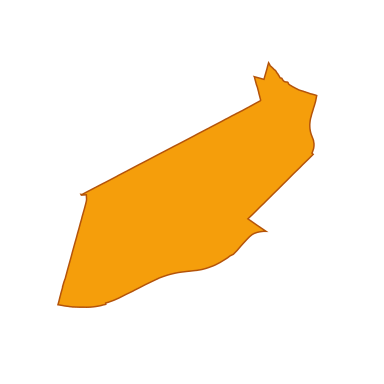 the district of Vincent, Western Australia, Australia, rotated 286°
{"feature_id": "25037944B82328591625586", "entity_name": "Vincent", "entity_type": "district", "adm_level": 2, "iso_a3": "AUS", "parent_name": "Australia", "parent_adm1": "Western Australia", "projection": "natural_earth1", "projection_center": [115.863, -31.931], "detail": "fine", "context": "isolated", "style": "filled", "palette": "amber", "viewbox_px": 384, "rotation_deg": 286, "n_neighbors": 0, "source": "geoboundaries", "source_scale": "gbopen_adm2", "svg_char_len": 4507}
<svg xmlns="http://www.w3.org/2000/svg" viewBox="0 0 384 384"><g transform="rotate(286 192 192)"><path d="M306.8,228.3L304.9,229.3L304.3,229.7L299.2,232.7L298.5,232.5L294.7,228.6L292.0,225.9L286.9,220.7L283.7,217.5L283.5,217.2L281.4,215.0L280.8,214.4L280.1,213.5L278.6,212.0L278.2,211.6L276.4,209.6L274.2,207.4L273.4,206.6L273.2,206.4L271.8,204.9L271.4,204.4L268.0,201.0L264.4,197.2L260.7,193.3L254.3,186.6L248.8,180.8L246.9,178.9L242.0,173.8L238.1,169.7L234.1,165.5L230.4,161.5L230.1,161.2L229.5,160.6L225.5,156.4L221.8,152.5L218.4,148.9L213.5,143.8L210.9,141.1L205.3,135.2L204.4,134.2L199.8,129.4L199.3,128.9L197.1,126.6L192.8,122.1L187.4,116.4L186.2,115.3L184.5,113.5L184.2,113.2L176.3,104.9L176.2,104.7L175.9,104.4L169.2,97.3L168.9,97.0L168.5,96.6L163.5,91.3L159.3,87.0L159.1,85.9L158.5,86.5L160.2,91.2L156.4,92.5L155.4,92.8L153.6,93.0L151.0,93.1L146.0,93.2L141.1,93.2L137.4,93.2L136.1,93.3L135.9,93.3L131.3,93.3L126.4,93.4L124.4,93.4L121.0,93.4L115.7,93.5L111.5,93.5L109.9,93.5L100.6,93.6L96.3,93.7L83.1,93.8L78.1,93.9L77.8,93.9L76.9,93.9L73.9,94.0L72.0,93.8L71.0,93.8L70.8,93.8L70.4,93.7L70.1,93.7L67.6,93.7L66.1,93.7L64.9,93.7L64.5,93.9L64.3,93.9L58.1,93.9L56.8,94.0L55.0,94.0L50.0,94.2L46.7,94.2L47.3,99.7L47.3,100.3L47.7,103.1L48.0,104.8L48.1,106.0L48.4,107.5L48.6,109.0L49.0,110.4L49.3,111.8L49.6,112.8L49.9,114.1L50.2,115.3L51.3,119.1L51.8,121.0L52.2,122.5L52.7,124.1L53.5,126.5L54.5,129.0L55.4,131.1L56.7,133.8L57.8,135.9L58.9,137.6L59.9,139.5L60.3,140.1L61.5,139.6L62.7,141.6L65.8,145.9L67.1,147.6L67.4,147.9L69.7,150.7L72.2,153.4L75.3,156.7L80.8,162.9L81.4,163.4L84.7,167.0L90.1,172.7L100.4,184.3L103.0,187.9L105.4,191.4L107.0,194.0L107.8,195.4L109.3,198.1L110.6,200.6L111.8,203.2L114.2,208.9L115.4,211.9L117.0,215.7L118.1,218.5L118.3,218.9L118.8,219.9L119.0,220.2L119.1,220.6L120.3,223.0L122.4,226.5L123.9,228.7L126.9,232.8L128.4,234.6L130.2,236.5L132.1,238.5L138.6,244.4L141.0,246.1L143.5,248.9L144.6,249.5L148.1,251.4L153.4,253.8L156.5,255.3L160.5,257.3L162.6,258.4L165.0,259.7L167.6,261.5L169.3,263.2L171.1,265.7L172.3,267.9L173.2,269.9L174.0,271.8L174.6,274.0L175.8,270.4L178.0,263.6L179.7,258.7L181.6,253.1L184.8,255.0L186.8,256.2L192.5,259.4L192.7,259.5L196.2,261.4L198.1,262.5L200.6,264.0L203.9,265.8L212.7,270.7L215.5,272.3L219.9,274.8L220.0,274.8L224.5,277.3L228.9,279.8L233.5,282.3L237.7,284.6L243.4,287.9L245.5,289.1L248.7,290.8L252.0,292.7L255.3,294.6L261.6,298.1L262.4,296.6L264.1,296.8L265.1,296.8L266.2,296.9L267.4,296.9L269.0,296.7L270.1,296.5L271.2,296.2L272.2,295.9L273.6,295.2L274.8,294.7L276.0,293.9L277.2,293.0L280.0,290.9L281.5,289.9L283.1,289.0L285.4,287.9L287.4,287.2L289.4,286.6L290.9,286.3L293.2,285.9L295.5,285.7L297.6,285.7L300.0,285.6L303.3,285.7L306.4,285.7L308.7,285.8L313.3,285.8L319.1,285.3L319.2,284.2L319.2,283.9L319.2,283.7L319.2,283.4L319.2,282.6L319.2,282.3L319.2,282.1L319.2,281.6L319.2,281.3L319.2,279.9L319.1,279.7L319.1,279.4L319.1,279.1L319.1,278.9L319.1,278.6L319.1,278.3L319.1,278.1L319.1,277.7L319.2,277.4L319.2,277.2L319.2,276.7L319.3,276.1L319.3,275.9L319.3,275.2L319.3,274.7L319.3,274.3L319.3,274.0L319.4,273.7L319.4,272.7L319.4,272.0L319.4,271.8L319.5,271.5L319.5,271.3L319.5,270.8L319.5,270.5L319.5,270.1L319.5,269.7L319.5,268.1L319.6,266.6L319.6,266.4L320.0,264.6L320.1,264.1L320.1,263.8L320.2,263.3L320.3,263.1L320.3,262.9L320.4,262.4L320.5,262.0L320.6,261.8L320.6,261.5L320.9,260.1L321.2,258.8L321.4,258.3L321.7,256.9L321.8,256.7L322.0,256.1L322.2,255.7L322.3,255.5L322.3,255.3L322.5,255.1L322.6,254.9L323.0,254.6L323.5,254.3L323.7,254.1L323.8,253.9L323.9,253.7L323.9,253.3L323.9,252.8L323.7,252.3L323.6,251.6L323.6,251.3L323.6,251.0L323.7,250.2L323.8,250.0L323.8,249.8L323.9,249.6L324.0,249.4L324.1,249.2L324.7,248.4L324.9,248.2L325.0,248.0L325.5,247.6L325.7,247.4L326.1,246.9L326.1,246.7L326.1,246.4L326.0,245.9L326.0,245.5L326.2,245.0L326.3,244.9L327.3,244.0L327.8,243.4L327.9,243.2L328.1,243.1L328.2,242.9L328.4,242.8L328.5,242.6L328.7,242.4L328.8,242.3L329.4,241.7L329.5,241.5L329.6,241.4L329.7,241.2L329.8,241.0L329.9,240.8L330.1,240.6L330.3,240.4L330.8,239.9L331.7,238.9L331.9,238.5L332.2,237.8L332.2,237.6L332.3,237.4L332.4,237.0L332.6,236.8L332.9,236.4L333.0,236.1L333.5,235.3L333.7,234.8L334.0,234.3L334.7,232.8L334.8,232.5L335.1,232.1L335.3,232.0L335.5,231.8L335.7,231.7L337.1,230.3L337.2,230.1L337.3,230.0L333.9,230.0L331.5,230.1L327.0,230.1L320.1,230.1L320.1,227.1L320.1,226.5L320.0,220.1L319.8,220.3L318.0,221.3L313.0,224.3L310.5,226.1L308.1,227.5L306.8,228.3Z" fill="#f59e0b" stroke="#b45309" stroke-width="1.5"/></g></svg>